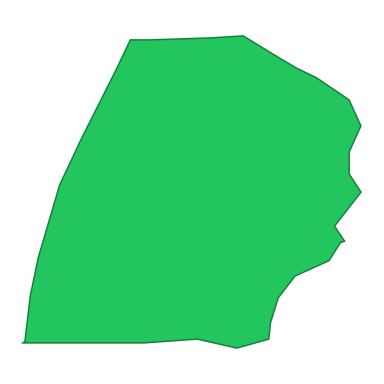 the district of Stenungsund, Västra Götaland, Sweden
{"feature_id": "70781695B70291115197472", "entity_name": "Stenungsund", "entity_type": "district", "adm_level": 2, "iso_a3": "SWE", "parent_name": "Sweden", "parent_adm1": "Västra Götaland", "projection": "natural_earth1", "projection_center": [11.976, 58.067], "detail": "fine", "context": "isolated", "style": "filled", "palette": "green", "viewbox_px": 384, "rotation_deg": 0, "n_neighbors": 0, "source": "geoboundaries", "source_scale": "gbopen_adm2", "svg_char_len": 511}
<svg xmlns="http://www.w3.org/2000/svg" viewBox="0 0 384 384"><path d="M344.6,241.2L334.5,226.2L361.0,192.1L349.2,174.0L349.2,152.0L360.9,125.9L349.1,99.9L316.7,77.9L296.1,67.9L272.6,53.9L254.8,43.0L243.2,35.9L210.8,37.9L149.0,39.9L130.3,39.9L115.8,70.4L81.1,139.3L59.7,184.8L38.3,257.5L30.3,295.8L24.9,341.3L23.0,342.9L87.7,342.9L144.3,342.9L197.1,339.1L236.7,348.1L268.8,339.1L270.6,322.3L278.2,297.9L295.1,276.0L329.1,260.6L340.4,242.6L344.6,241.2Z" fill="#22c55e" stroke="#15803d" stroke-width="1.5"/></svg>